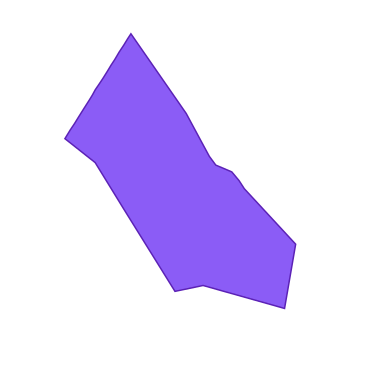 Marizópolis, Paraíba, Brazil, rotated 307°
{"feature_id": "56859067B22509587419183", "entity_name": "Marizópolis", "entity_type": "district", "adm_level": 2, "iso_a3": "BRA", "parent_name": "Brazil", "parent_adm1": "Paraíba", "projection": "natural_earth1", "projection_center": [-38.326, -6.828], "detail": "fine", "context": "isolated", "style": "filled", "palette": "violet", "viewbox_px": 384, "rotation_deg": 307, "n_neighbors": 0, "source": "geoboundaries", "source_scale": "gbopen_adm2", "svg_char_len": 537}
<svg xmlns="http://www.w3.org/2000/svg" viewBox="0 0 384 384"><g transform="rotate(307 192 192)"><path d="M154.7,336.0L212.7,306.2L226.1,231.8L229.4,222.8L232.0,211.7L227.8,194.8L230.9,184.4L237.4,170.2L246.5,150.4L251.2,140.2L281.6,48.0L275.5,48.4L268.4,49.1L260.0,49.6L251.2,50.6L244.8,51.0L238.1,51.7L229.0,52.5L222.0,52.9L215.5,53.2L209.4,54.1L203.0,54.7L194.0,55.4L183.3,56.3L175.9,57.0L168.5,57.4L158.1,58.4L157.2,97.0L137.3,147.8L102.4,238.2L124.0,257.1L154.7,336.0Z" fill="#8b5cf6" stroke="#5b21b6" stroke-width="1.5"/></g></svg>